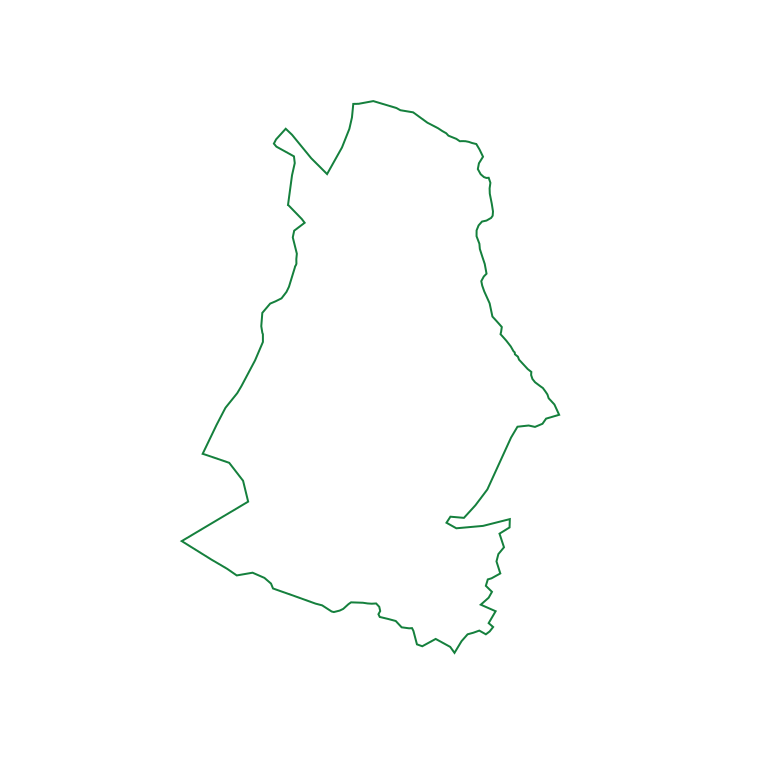 Karaye, Kano, Nigeria (Robinson projection), rotated 307°
{"feature_id": "59680162B44599338364171", "entity_name": "Karaye", "entity_type": "district", "adm_level": 2, "iso_a3": "NGA", "parent_name": "Nigeria", "parent_adm1": "Kano", "projection": "robinson", "projection_center": [8.014, 11.761], "detail": "fine", "context": "isolated", "style": "outline", "palette": "green", "viewbox_px": 768, "rotation_deg": 307, "n_neighbors": 0, "source": "geoboundaries", "source_scale": "gbopen_adm2", "svg_char_len": 2518}
<svg xmlns="http://www.w3.org/2000/svg" viewBox="0 0 768 768"><g transform="rotate(307 384 384)"><path d="M514.4,150.6L509.7,151.4L508.8,155.2L511.6,175.1L506.7,179.8L495.4,184.9L469.2,199.6L469.3,199.8L466.3,219.0L465.0,223.6L452.4,220.0L446.2,222.9L435.6,236.0L431.0,238.8L427.3,241.7L425.5,242.2L424.4,242.2L423.4,242.7L404.4,249.6L398.8,250.7L390.7,250.6L384.7,247.6L379.7,244.7L367.6,244.0L356.3,251.2L351.6,256.1L350.9,257.3L344.7,262.0L325.3,266.8L296.5,271.4L288.4,272.3L269.7,271.7L265.9,272.3L250.5,274.9L219.1,281.2L219.8,283.1L227.9,307.8L221.9,329.7L208.3,346.3L136.8,317.0L139.9,351.8L142.0,369.9L142.5,381.6L154.2,392.6L157.2,405.2L156.6,413.9L153.9,418.4L156.8,427.6L159.8,437.0L167.4,461.5L170.0,467.8L170.8,479.1L171.7,481.2L176.4,485.0L179.9,486.8L186.8,488.1L189.8,489.1L196.6,498.8L198.9,503.0L201.2,506.5L204.0,509.8L203.2,514.3L200.4,517.6L196.8,518.1L195.4,520.8L198.8,528.6L201.8,536.0L200.3,544.5L204.0,551.1L205.9,553.3L204.5,556.1L195.9,567.0L197.6,572.4L211.5,578.7L213.9,595.1L211.7,602.1L225.3,600.7L234.4,601.4L239.2,605.1L244.4,608.5L245.4,616.0L250.0,617.3L255.6,617.4L256.0,611.5L269.7,609.9L266.0,594.1L276.3,596.2L283.0,595.3L284.1,586.8L290.4,584.5L293.5,586.8L302.7,590.9L310.0,580.6L317.0,577.7L325.8,578.1L334.0,566.3L345.0,570.6L351.8,565.8L330.3,548.5L312.3,528.6L310.8,517.4L318.0,516.9L325.2,528.4L342.2,530.0L362.0,530.0L417.7,517.7L430.2,516.3L437.9,524.5L440.6,530.4L447.6,534.5L453.9,534.3L464.8,542.4L470.2,532.4L471.7,524.1L474.0,520.8L475.2,517.3L476.4,513.3L476.3,510.5L476.3,507.2L476.3,503.6L477.3,499.6L479.7,496.1L482.3,494.4L482.4,489.8L483.7,482.7L484.7,477.2L486.4,474.5L486.5,470.7L487.9,469.4L488.1,467.7L490.3,462.6L491.5,458.2L492.2,455.6L492.8,452.7L493.9,447.1L496.2,446.1L500.4,443.8L502.0,436.0L503.1,430.0L512.0,419.8L518.3,408.3L521.7,403.2L524.7,399.8L529.9,399.0L533.8,399.5L540.5,392.2L544.7,386.1L549.5,379.3L553.4,375.8L557.7,369.0L562.4,365.5L567.6,364.1L572.7,364.5L576.2,367.5L581.1,369.6L583.8,369.5L587.4,367.2L592.9,361.5L599.6,354.0L603.8,350.6L608.7,347.9L611.7,343.5L610.2,341.8L609.4,339.3L609.7,335.0L612.1,329.6L617.4,327.0L625.1,326.3L628.8,319.1L631.2,313.3L629.5,309.4L628.4,306.0L626.9,302.9L625.2,300.5L623.5,298.4L623.3,294.2L622.1,289.8L621.1,286.0L621.7,282.8L621.1,278.3L620.8,273.3L618.8,261.4L618.5,243.8L612.5,232.3L611.9,227.9L603.5,205.2L592.5,195.1L589.2,190.9L577.6,198.0L566.9,202.8L547.6,208.1L517.4,212.2L520.5,190.0L527.7,160.5L528.7,151.9L514.4,150.6Z" fill="none" stroke="#15803d" stroke-width="2"/></g></svg>